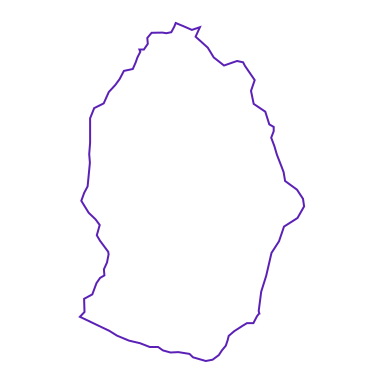 Anarita, Paphos, Cyprus (Natural Earth projection)
{"feature_id": "46923920B9699971041425", "entity_name": "Anarita", "entity_type": "district", "adm_level": 2, "iso_a3": "CYP", "parent_name": "Cyprus", "parent_adm1": "Paphos", "projection": "natural_earth1", "projection_center": [32.54, 34.745], "detail": "fine", "context": "isolated", "style": "outline", "palette": "violet", "viewbox_px": 384, "rotation_deg": 0, "n_neighbors": 0, "source": "geoboundaries", "source_scale": "gbopen_adm2", "svg_char_len": 1346}
<svg xmlns="http://www.w3.org/2000/svg" viewBox="0 0 384 384"><path d="M139.4,49.5L140.3,51.8L137.4,57.5L135.6,62.6L132.8,69.0L123.9,70.9L119.6,79.1L115.2,85.1L108.8,92.0L103.7,103.4L94.2,108.1L90.1,118.3L90.1,126.4L90.1,134.5L90.1,142.8L89.2,154.2L89.9,162.7L88.6,176.2L87.6,186.4L84.2,192.8L81.3,200.8L88.7,212.8L95.5,219.3L99.7,225.0L96.8,235.3L99.9,240.6L108.2,251.8L108.6,254.3L107.0,262.5L103.9,269.3L104.4,275.4L100.1,277.9L96.5,283.1L92.3,294.4L84.1,298.8L84.5,312.0L79.9,316.8L109.4,330.9L117.1,335.7L128.9,340.6L140.0,343.2L149.8,347.0L158.1,347.0L162.9,350.4L170.5,352.5L178.3,352.1L189.5,353.9L193.0,357.3L205.8,361.0L212.6,359.7L218.8,355.1L221.9,350.4L225.8,345.7L227.7,340.0L228.7,335.9L234.3,331.1L242.4,325.9L247.0,323.1L253.4,323.1L257.0,316.2L259.2,313.4L259.3,313.4L258.7,311.0L261.2,291.7L266.2,275.8L271.5,252.9L279.0,241.3L284.0,226.6L297.5,218.0L304.1,206.4L303.0,198.8L297.0,189.7L285.1,181.0L283.6,172.1L281.3,166.0L276.9,154.7L274.4,146.2L271.2,137.7L273.7,131.2L273.7,126.9L269.3,124.4L265.3,111.7L253.7,103.9L251.0,90.9L254.7,80.1L244.9,65.8L243.1,62.3L237.0,61.0L224.0,65.5L213.7,57.4L207.8,47.7L195.6,36.7L199.9,27.2L191.9,29.9L183.2,26.1L175.7,23.0L174.3,26.6L171.3,32.2L166.4,33.2L162.4,32.6L156.5,32.7L151.6,32.8L147.3,38.0L147.8,43.8L143.9,49.5L139.4,49.5Z" fill="none" stroke="#5b21b6" stroke-width="2"/></svg>